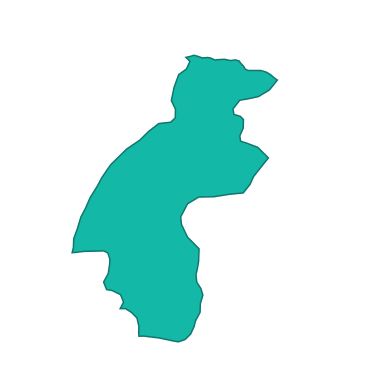 Kumgang, Kangwŏn-do, North Korea, rotated 225°
{"feature_id": "82179303B90843555893266", "entity_name": "Kumgang", "entity_type": "district", "adm_level": 2, "iso_a3": "PRK", "parent_name": "North Korea", "parent_adm1": "Kangwŏn-do", "projection": "orthographic", "projection_center": [128.039, 38.544], "detail": "fine", "context": "isolated", "style": "filled", "palette": "teal", "viewbox_px": 384, "rotation_deg": 225, "n_neighbors": 0, "source": "geoboundaries", "source_scale": "gbopen_adm2", "svg_char_len": 1573}
<svg xmlns="http://www.w3.org/2000/svg" viewBox="0 0 384 384"><g transform="rotate(225 192 192)"><path d="M210.8,331.5L211.0,331.4L214.8,330.8L218.1,330.6L219.2,330.5L224.0,329.4L229.2,326.6L238.4,317.5L241.3,316.5L244.5,317.4L249.2,317.5L251.2,318.0L254.6,316.2L255.1,315.6L257.7,312.2L260.1,310.6L263.0,308.7L267.8,303.3L268.2,302.7L268.8,301.7L273.8,299.8L276.1,298.1L279.4,294.2L281.2,293.3L286.2,290.8L287.2,290.0L287.5,289.8L289.0,286.8L290.7,284.1L291.5,282.9L285.8,282.9L282.9,275.1L284.4,265.6L278.5,253.0L271.2,242.0L262.3,238.9L256.3,232.6L256.4,226.3L263.9,216.9L265.5,204.3L265.6,191.7L268.6,176.0L268.7,161.8L268.8,154.0L267.4,146.1L265.9,138.3L263.0,128.8L260.1,116.2L255.8,105.2L252.9,95.8L247.0,84.8L242.6,75.3L236.7,69.0L233.8,64.3L226.3,73.7L218.8,81.6L212.8,87.9L208.4,89.4L202.4,86.3L199.5,83.1L193.6,75.2L190.8,65.8L183.4,62.6L178.9,65.8L169.9,68.9L162.5,65.7L160.3,58.7L156.6,62.5L149.2,64.1L141.8,64.0L134.4,59.3L130.0,54.6L127.5,52.5L127.1,53.0L124.1,56.1L118.1,60.8L112.1,65.5L100.1,73.3L95.7,76.4L92.6,82.7L92.5,90.5L95.4,98.4L98.3,103.1L101.2,112.6L107.1,118.9L111.4,126.8L117.4,130.0L124.8,131.6L130.7,136.3L133.6,141.0L138.0,147.3L146.8,156.8L155.7,156.9L163.2,156.9L176.5,161.6L182.4,166.4L186.8,180.5L183.7,193.1L173.2,204.1L164.1,216.6L155.1,227.6L156.4,238.6L159.4,246.5L160.7,257.5L162.1,270.1L169.6,270.1L177.0,270.1L187.5,265.4L193.5,262.3L197.9,265.5L200.9,273.3L206.8,279.6L211.2,279.7L217.2,276.5L221.7,279.7L223.1,290.7L218.6,297.0L212.5,306.4L209.4,319.0L210.8,331.5Z" fill="#14b8a6" stroke="#0f766e" stroke-width="1.5"/></g></svg>